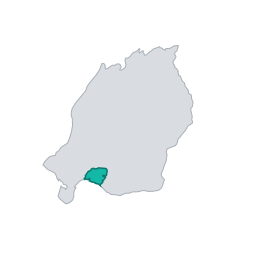 location of Galati within Romania, rotated 119°
{"feature_id": "ROU-315", "entity_name": "Galati", "entity_type": "County", "adm_level": 1, "iso_a3": "ROU", "parent_name": "Romania", "parent_adm1": "", "projection": "robinson", "projection_center": [27.834, 45.761], "detail": "fine", "context": "in_parent", "style": "filled", "palette": "teal", "viewbox_px": 256, "rotation_deg": 119, "n_neighbors": 0, "source": "natural_earth", "source_scale": "10m", "svg_char_len": 4942}
<svg xmlns="http://www.w3.org/2000/svg" viewBox="0 0 256 256"><g transform="rotate(119 128 128)"><path d="M193.9,140.8L196.1,143.5L198.8,144.8L205.1,146.3L205.7,146.1L205.8,145.9L205.3,145.5L205.2,145.0L205.6,144.4L206.4,144.4L207.9,144.9L210.6,144.1L214.6,142.0L218.3,141.6L221.6,142.9L223.4,144.3L224.5,145.7L224.2,147.3L224.0,148.4L223.1,152.8L222.5,154.4L221.5,156.2L211.1,158.4L211.8,157.4L211.5,155.5L211.1,154.1L212.0,152.9L209.7,152.4L208.6,153.1L207.9,154.3L208.6,157.1L207.4,158.6L207.0,159.5L207.0,161.5L206.3,162.4L206.2,163.4L207.8,163.1L207.1,164.9L204.0,168.3L202.9,170.3L203.2,178.3L201.8,183.0L201.7,184.4L198.3,184.5L197.3,184.4L194.2,183.7L190.6,182.4L188.5,179.9L187.2,178.2L184.2,179.0L183.6,178.8L182.8,177.9L180.5,177.3L177.7,177.3L171.5,174.1L170.8,173.6L165.8,174.1L158.4,175.7L152.8,177.7L146.9,181.2L144.5,183.8L141.8,185.2L137.9,186.3L130.9,185.9L123.6,184.5L115.9,183.1L111.6,183.9L106.0,183.3L97.4,181.6L91.0,181.1L84.7,182.1L83.6,181.3L83.4,180.4L83.7,179.2L84.6,178.2L86.1,177.4L87.0,176.6L87.1,175.8L85.4,174.6L81.9,172.8L80.5,171.8L80.1,171.5L80.1,170.5L79.4,169.7L78.0,169.2L77.0,168.2L76.3,166.7L76.5,165.3L77.6,164.0L78.9,163.4L80.6,163.6L81.3,163.2L81.0,162.3L79.4,161.2L76.5,159.8L73.5,160.5L70.3,163.5L68.1,164.0L66.8,162.0L64.4,160.8L60.9,160.4L58.8,159.6L58.0,158.5L56.6,157.6L53.2,156.7L53.2,155.8L53.8,155.6L55.0,155.5L56.6,155.3L56.8,154.8L56.9,154.3L55.6,153.7L54.4,153.3L53.7,152.9L53.3,152.5L53.2,152.0L53.6,151.7L54.1,151.7L54.6,151.4L55.0,150.3L55.7,149.5L56.2,149.1L56.2,148.5L55.7,147.9L55.0,147.4L54.0,147.0L50.8,146.1L49.3,144.9L48.3,144.8L46.8,144.1L45.1,143.0L43.7,141.4L42.2,140.4L41.8,140.0L41.8,139.6L42.1,139.1L42.1,138.7L41.7,137.1L42.1,135.5L42.0,134.0L42.0,133.3L41.8,133.1L41.5,133.3L41.1,133.6L40.7,133.6L39.6,132.5L38.2,130.2L37.2,129.5L35.4,128.4L33.8,127.6L32.7,125.7L31.5,124.2L32.3,123.6L37.0,122.7L39.1,123.6L40.1,123.3L41.1,122.6L41.6,122.0L41.7,121.4L42.2,120.7L43.8,120.4L47.9,120.8L49.6,119.8L50.2,119.3L50.6,118.0L51.1,117.0L52.6,116.5L52.6,115.6L52.4,114.7L53.4,112.5L53.9,111.6L54.7,111.3L55.8,110.6L57.6,109.1L57.2,107.9L57.6,107.0L59.5,104.7L60.9,102.6L60.9,101.5L61.2,100.6L62.4,99.5L63.8,98.2L65.6,94.0L66.2,93.3L67.4,92.5L68.2,91.7L68.4,88.9L69.2,88.1L70.7,87.2L72.2,85.8L73.5,84.1L74.4,83.3L75.6,83.1L77.0,82.4L78.5,82.1L79.9,82.5L80.8,82.3L82.2,81.5L85.8,78.3L86.4,77.7L87.1,77.3L90.0,76.2L90.7,75.1L91.7,74.2L93.0,74.2L97.1,76.6L101.5,76.5L102.3,76.6L102.6,76.6L103.1,76.8L109.0,78.0L109.9,77.9L110.2,77.8L112.5,78.8L114.6,78.6L116.6,77.9L118.7,77.7L120.6,78.1L122.1,79.5L125.8,82.4L126.9,83.5L128.6,83.4L130.5,82.8L132.5,80.9L138.4,78.6L143.0,78.1L147.4,77.2L152.5,76.6L154.0,74.8L154.8,73.5L155.4,71.2L158.2,70.6L160.8,70.1L161.7,69.8L163.6,69.7L165.1,69.9L167.4,71.0L169.0,72.5L169.6,73.6L171.0,75.2L172.4,77.4L174.0,80.4L174.3,81.9L174.9,83.5L176.1,85.5L178.4,87.7L178.7,88.1L179.7,89.6L181.7,93.1L183.4,94.4L184.8,95.9L185.5,97.4L186.6,98.8L189.0,100.6L191.0,102.2L192.6,106.9L193.7,109.1L194.4,110.7L194.0,114.1L194.5,115.5L193.6,118.2L192.0,123.4L191.6,127.6L191.9,129.9L191.9,131.4L192.3,132.3L192.7,134.2L192.8,135.9L192.2,136.3L191.4,136.7L191.1,137.1L191.8,137.8L192.9,139.2L193.9,140.8Z" fill="#d9dde1" stroke="#a8b0b8" stroke-width="1"/><path d="M191.7,124.5L191.6,124.9L191.4,125.0L191.5,125.3L191.3,126.3L191.2,126.6L191.3,126.9L191.8,128.2L191.8,128.5L192.0,128.8L192.1,129.0L192.0,129.4L191.9,129.6L192.0,129.8L192.2,130.1L192.2,130.3L191.9,130.5L191.9,131.4L192.2,132.1L192.5,132.7L192.7,133.0L192.9,135.5L192.8,135.9L193.0,136.2L192.7,136.4L192.0,136.4L191.7,136.4L191.4,136.7L191.1,136.9L190.8,137.2L192.0,137.7L192.4,138.1L192.8,138.6L192.8,138.8L192.9,139.7L193.1,140.0L193.6,140.6L193.9,140.8L193.6,141.2L193.6,141.4L193.5,141.5L193.4,141.8L193.1,141.8L192.5,141.5L192.1,141.4L191.9,141.4L191.7,141.4L190.8,141.7L190.6,141.7L190.4,141.8L190.2,142.2L188.9,142.1L188.4,141.9L187.9,141.9L186.6,141.9L185.9,141.8L184.7,141.3L184.1,140.7L183.6,140.3L183.5,140.2L183.2,140.1L182.8,140.2L182.1,140.2L181.0,139.8L180.4,139.2L180.2,138.9L179.8,138.1L179.8,137.9L179.8,137.6L179.8,137.3L179.6,136.8L179.5,136.4L179.2,136.1L178.8,135.8L178.7,135.6L178.6,135.4L178.2,135.1L177.7,134.9L177.5,134.7L177.0,134.1L176.8,133.8L176.7,133.5L176.6,133.1L174.4,128.4L174.3,127.7L174.3,127.2L174.3,126.9L174.5,126.6L174.6,126.4L174.9,126.2L175.4,125.6L175.9,125.3L176.3,125.1L176.8,125.0L177.6,125.0L177.9,124.9L178.2,124.6L178.4,124.4L178.7,124.2L178.9,124.1L180.0,124.0L180.7,124.8L181.0,125.3L181.2,126.0L181.4,126.6L181.6,126.9L181.8,127.0L182.1,126.9L182.2,126.7L182.2,126.3L182.3,125.6L182.3,125.4L182.2,125.1L182.1,124.9L181.7,124.2L181.7,123.9L182.0,123.7L185.5,124.1L185.8,124.2L186.0,124.3L186.0,124.5L186.2,124.9L186.4,124.9L186.6,124.8L186.7,124.6L186.9,124.3L187.1,124.1L187.3,123.9L187.6,123.8L187.9,123.8L189.4,124.2L190.1,124.6L190.7,124.7L191.0,124.7L191.6,124.6L191.7,124.5Z" fill="#14b8a6" stroke="#0f766e" stroke-width="1.5"/></g></svg>